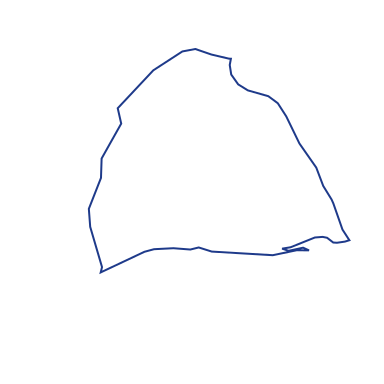 outline of An Nuqat al Khams, rotated 148°
{"feature_id": "LBY-2974", "entity_name": "An Nuqat al Khams", "entity_type": "Municipality", "adm_level": 1, "iso_a3": "LBY", "parent_name": "Libya", "parent_adm1": "", "projection": "equal_earth", "projection_center": [11.821, 32.743], "detail": "fine", "context": "isolated", "style": "outline", "palette": "blue", "viewbox_px": 384, "rotation_deg": 148, "n_neighbors": 0, "source": "natural_earth", "source_scale": "10m", "svg_char_len": 719}
<svg xmlns="http://www.w3.org/2000/svg" viewBox="0 0 384 384"><g transform="rotate(148 192 192)"><path d="M88.4,284.4L92.7,279.7L96.5,270.8L95.8,258.8L90.8,248.6L76.5,232.8L72.2,221.8L72.0,206.2L75.2,176.2L73.7,146.8L77.5,127.6L77.6,111.7L78.2,107.4L84.3,80.4L84.1,67.7L88.6,68.9L95.9,72.1L99.0,74.3L101.7,81.6L105.0,84.7L111.9,88.3L137.7,92.9L145.6,96.2L141.2,90.9L127.3,85.9L123.7,80.5L134.0,87.1L157.0,95.6L206.8,131.0L215.7,141.4L223.9,144.1L237.6,154.2L254.5,163.6L264.0,166.5L312.0,172.2L308.1,176.0L296.8,216.4L288.4,232.4L261.7,252.2L250.9,268.3L234.3,277.4L215.8,287.5L210.6,302.4L160.3,315.7L125.7,316.3L113.4,311.5L102.7,298.3L90.0,285.5L88.4,284.4Z" fill="none" stroke="#1e3a8a" stroke-width="2"/></g></svg>